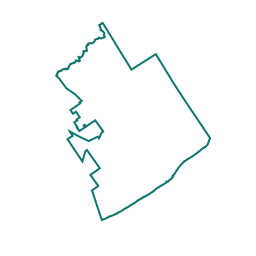 the district of Magdalena, Buenos Aires, Argentina, rotated 104°
{"feature_id": "61730980B51096129050346", "entity_name": "Magdalena", "entity_type": "district", "adm_level": 2, "iso_a3": "ARG", "parent_name": "Argentina", "parent_adm1": "Buenos Aires", "projection": "mercator", "projection_center": [-57.557, -35.188], "detail": "fine", "context": "isolated", "style": "outline", "palette": "teal", "viewbox_px": 256, "rotation_deg": 104, "n_neighbors": 0, "source": "geoboundaries", "source_scale": "gbopen_adm2", "svg_char_len": 5318}
<svg xmlns="http://www.w3.org/2000/svg" viewBox="0 0 256 256"><g transform="rotate(104 128 128)"><path d="M223.6,131.1L223.5,130.8L222.6,129.9L221.5,128.0L220.8,127.3L220.5,126.8L219.6,126.0L219.5,125.6L218.7,125.2L218.4,124.8L218.4,124.5L218.2,124.4L218.0,124.0L217.8,123.7L217.6,123.1L216.8,122.2L216.7,121.9L216.0,121.1L215.7,120.8L215.6,120.5L214.9,119.8L214.1,118.6L213.9,118.5L213.9,118.3L213.7,118.3L213.6,118.1L213.3,117.9L213.1,117.7L212.8,117.2L212.3,117.0L212.1,116.8L211.9,116.4L211.6,116.2L211.2,115.4L210.4,114.6L209.3,113.5L207.9,112.3L207.6,112.2L207.4,111.9L207.2,111.6L207.0,111.3L206.6,111.1L206.6,110.9L206.2,110.6L205.7,110.2L205.6,109.9L205.4,109.9L205.2,109.5L204.4,108.6L203.9,108.3L203.4,107.7L203.1,107.4L202.9,107.2L202.2,106.7L201.8,106.3L201.6,106.0L201.1,105.6L201.0,105.4L200.9,105.4L200.5,104.8L200.3,104.7L200.1,104.5L199.9,104.0L199.1,103.5L199.0,103.3L198.5,103.0L198.5,102.9L198.4,102.8L198.1,102.6L197.8,102.6L197.7,102.4L197.5,102.2L197.3,102.1L197.0,101.9L196.8,101.6L196.7,101.6L196.4,101.3L196.1,101.1L195.9,101.0L195.9,100.8L195.7,100.6L195.4,100.5L195.3,100.4L195.2,100.2L195.0,99.8L194.6,99.6L194.4,99.4L194.1,99.1L193.5,98.5L193.5,98.3L193.3,98.2L193.1,98.0L193.0,97.6L192.6,97.3L192.5,97.1L192.3,97.0L192.2,97.0L192.2,96.9L191.2,96.1L191.0,95.7L190.9,95.8L190.6,95.3L190.4,95.2L189.7,94.3L189.5,94.0L189.2,93.9L188.7,93.4L188.5,93.0L188.0,92.6L187.8,92.4L187.7,92.1L186.9,91.3L186.2,90.8L185.9,90.4L185.6,90.3L185.5,90.0L185.1,89.8L184.5,89.2L184.1,88.9L184.0,88.7L183.5,88.4L183.4,88.4L183.3,88.1L183.0,88.1L182.6,87.6L182.3,87.3L182.0,87.1L181.8,87.1L181.5,86.8L180.7,86.3L179.3,85.2L179.2,85.2L178.3,84.1L177.9,83.7L177.1,83.1L177.0,82.9L176.8,82.9L176.4,82.3L176.2,82.2L175.8,81.8L175.8,81.7L175.6,81.6L175.5,81.4L175.3,81.3L175.3,81.1L174.7,80.5L174.4,80.4L174.3,80.2L173.5,79.3L173.3,79.2L172.8,78.5L172.5,78.4L172.0,77.8L171.5,77.6L171.0,77.9L170.7,77.7L170.8,77.4L170.5,77.2L170.7,76.8L170.6,76.5L170.4,76.1L170.2,76.0L170.1,75.9L168.6,75.2L168.3,74.9L167.8,74.4L167.4,74.3L166.8,73.7L166.2,73.5L165.8,73.2L165.4,73.1L164.5,72.6L163.0,72.2L162.8,72.3L162.9,72.6L162.4,72.3L161.8,72.1L160.9,71.5L159.0,71.1L156.6,70.1L156.2,70.1L155.8,69.9L154.8,69.6L151.9,68.2L151.7,68.2L150.6,67.6L149.3,66.8L148.8,66.4L148.0,66.1L147.7,65.8L147.5,65.7L147.0,65.3L146.8,65.3L146.8,65.2L146.5,64.9L146.2,64.9L146.0,64.5L145.9,64.4L145.3,64.0L144.5,63.2L144.3,63.0L144.1,62.8L143.8,62.6L143.8,62.4L143.5,62.2L142.6,61.2L142.3,60.9L142.0,60.6L141.1,59.8L140.0,58.7L139.1,57.9L138.8,57.8L137.2,56.4L136.5,55.9L135.7,55.0L135.3,54.8L135.2,54.8L135.0,54.4L134.4,54.1L133.9,53.6L132.6,52.7L132.1,52.3L130.3,51.1L130.1,50.9L129.6,50.5L128.8,49.6L128.4,49.5L128.0,48.8L127.6,48.5L127.4,48.2L126.7,47.7L125.1,46.9L124.3,46.6L123.9,46.7L123.5,46.5L123.3,46.5L122.8,46.4L122.5,46.5L122.0,46.5L121.6,46.3L120.2,46.2L120.0,46.3L119.7,46.1L119.4,46.2L118.0,45.8L87.0,80.1L74.0,94.1L49.6,118.9L70.5,138.8L32.4,177.7L32.7,178.1L32.5,178.5L32.6,178.8L33.3,179.0L33.7,179.3L33.9,179.4L34.1,179.7L34.2,180.1L34.8,180.7L35.1,180.8L35.4,180.8L35.6,180.6L35.6,180.2L35.8,179.9L36.4,179.8L38.4,178.5L39.4,178.4L39.8,178.1L39.7,177.9L39.5,177.4L39.9,176.8L40.2,175.8L41.4,174.1L41.8,173.9L42.4,173.8L43.2,173.9L43.7,173.9L44.2,173.4L45.2,172.9L45.3,172.6L45.7,172.7L45.8,172.9L45.8,173.1L45.8,173.4L46.5,174.0L46.8,174.8L47.6,175.7L47.7,176.7L47.6,177.4L47.2,177.9L47.3,178.2L47.7,178.4L48.9,178.8L49.0,179.0L49.2,179.8L49.8,180.6L50.1,181.2L50.3,181.4L50.8,181.5L51.3,181.3L52.5,181.7L54.2,182.8L54.7,183.8L54.7,185.2L55.0,185.7L55.3,186.1L55.6,186.9L55.8,186.9L56.1,186.4L56.6,186.5L56.5,187.1L56.6,187.3L56.8,187.4L57.5,187.4L57.9,187.8L58.6,188.2L59.0,187.8L59.8,187.9L60.8,187.4L61.7,187.3L62.1,187.1L62.6,186.6L63.0,186.5L63.4,187.5L64.1,188.3L64.0,189.4L64.2,189.9L64.5,189.9L65.7,189.2L66.2,189.5L67.3,189.3L67.6,189.3L68.0,189.5L68.8,189.5L69.2,189.7L70.2,190.4L71.0,190.8L71.2,191.5L71.3,192.1L71.2,192.3L70.8,192.7L70.9,192.9L71.0,193.1L71.5,192.6L71.9,192.6L72.4,192.5L72.6,192.2L73.2,191.9L73.4,191.4L73.6,191.3L74.2,191.1L74.9,191.1L75.2,191.6L75.1,192.3L75.3,193.2L75.2,193.6L74.8,194.4L74.8,194.6L75.0,194.9L75.6,195.1L76.6,195.0L76.9,195.1L77.3,195.5L77.6,195.6L77.9,196.0L77.8,196.4L78.3,196.6L78.4,197.3L78.5,197.5L78.8,198.0L79.5,198.3L79.7,199.1L80.1,199.6L80.6,199.8L81.1,199.7L81.5,199.8L82.1,200.3L82.6,200.3L83.6,200.1L84.1,200.4L84.7,200.4L85.2,200.6L85.5,200.8L85.4,201.3L85.7,201.8L85.5,202.1L86.1,202.4L85.9,203.0L85.9,203.6L86.5,204.2L86.5,204.6L86.6,204.9L87.2,205.9L87.6,206.1L88.1,206.7L88.7,206.8L88.6,207.2L89.2,207.5L89.4,207.9L89.5,208.8L89.7,209.0L90.3,209.3L90.7,209.2L90.8,209.4L91.1,209.3L91.3,209.3L91.5,209.7L91.7,209.8L92.9,210.0L93.2,210.0L93.5,209.7L94.0,210.2L94.7,210.2L96.1,207.5L104.5,197.2L108.0,187.6L112.2,180.8L112.9,179.4L115.0,181.2L115.6,180.4L119.2,183.5L124.5,188.2L127.5,184.9L124.8,182.4L129.3,177.4L132.0,179.9L132.8,179.0L135.5,181.5L139.3,177.5L139.7,177.9L141.3,176.2L141.1,176.1L142.7,174.4L137.8,170.0L136.3,171.6L135.3,170.8L136.8,169.1L128.5,161.7L137.3,151.2L139.4,152.6L143.7,153.3L145.0,153.7L143.7,155.3L150.2,163.0L148.5,171.7L145.5,183.5L149.0,179.9L153.5,184.0L171.5,164.2L160.8,163.7L159.3,162.5L173.9,145.6L182.6,153.1L191.4,142.8L197.3,147.8L211.1,139.1L223.6,131.1Z" fill="none" stroke="#0f766e" stroke-width="2"/></g></svg>